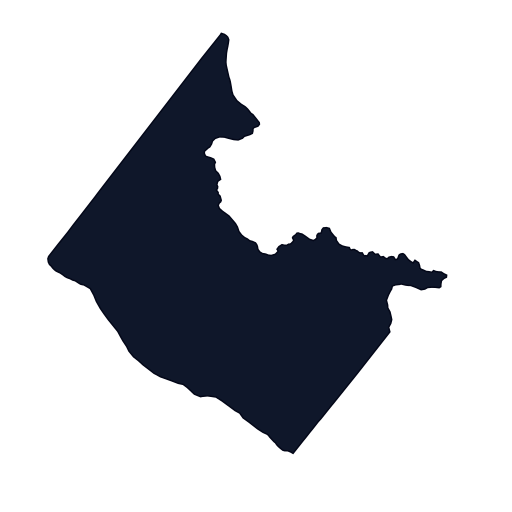 outline of Breu Branco, Pará, Brazil, rotated 308°
{"feature_id": "56859067B62895798843841", "entity_name": "Breu Branco", "entity_type": "district", "adm_level": 2, "iso_a3": "BRA", "parent_name": "Brazil", "parent_adm1": "Pará", "projection": "robinson", "projection_center": [-49.279, -3.757], "detail": "fine", "context": "isolated", "style": "filled", "palette": "ink", "viewbox_px": 512, "rotation_deg": 308, "n_neighbors": 0, "source": "geoboundaries", "source_scale": "gbopen_adm2", "svg_char_len": 4122}
<svg xmlns="http://www.w3.org/2000/svg" viewBox="0 0 512 512"><g transform="rotate(308 256 256)"><path d="M127.5,139.6L128.3,145.5L125.3,152.4L123.9,154.8L121.9,158.3L118.8,165.8L116.8,172.2L114.9,178.9L111.5,193.5L108.9,199.4L107.2,203.5L105.1,209.8L102.8,214.5L101.2,221.6L101.2,227.6L100.7,234.1L100.8,243.8L100.8,245.3L100.8,247.9L101.2,249.9L102.0,255.0L105.7,266.2L107.8,273.1L110.0,277.6L110.1,282.8L109.2,292.5L111.0,298.9L112.4,300.1L115.9,303.8L117.6,306.6L120.3,311.4L120.4,313.3L120.9,318.4L121.3,332.6L121.3,334.5L122.2,339.9L120.5,345.6L120.8,352.7L120.8,361.2L120.8,363.7L121.2,368.0L121.4,370.1L121.9,372.2L122.4,374.2L122.4,376.2L121.8,378.2L120.8,384.5L120.8,386.3L120.1,388.4L119.8,389.9L119.6,391.8L119.5,394.0L119.5,396.7L120.2,398.4L121.1,399.6L122.2,401.2L122.6,402.8L123.0,404.3L123.3,406.7L140.1,406.8L143.5,406.9L144.7,406.9L148.9,406.9L150.2,406.9L154.9,407.0L156.3,407.0L159.2,407.0L160.9,407.0L163.6,407.0L168.0,407.3L184.9,407.5L187.3,407.6L225.8,408.1L278.6,408.2L281.5,404.4L285.8,403.7L289.4,402.1L291.6,399.5L294.4,396.0L296.2,391.8L298.4,389.9L301.4,386.0L306.9,384.3L310.9,383.5L313.4,383.2L316.3,381.9L319.2,383.7L322.1,386.7L323.3,387.5L325.2,391.7L326.5,393.9L328.1,396.1L329.8,401.5L331.1,406.9L333.9,409.4L336.8,410.6L339.4,413.4L341.6,416.3L343.8,419.9L345.6,420.5L347.8,418.9L350.8,417.3L354.1,417.9L356.5,419.1L358.3,418.0L357.6,414.8L357.4,411.8L356.0,409.9L354.5,407.3L353.8,404.9L351.5,404.7L350.0,401.8L348.6,399.6L347.8,396.1L347.2,394.3L347.5,392.5L349.1,390.8L350.8,388.2L350.6,386.5L350.5,383.9L347.3,384.1L346.9,381.5L346.9,378.2L347.8,374.7L348.5,372.2L348.3,370.3L346.8,368.9L345.3,368.2L344.0,368.4L342.1,369.1L340.2,369.2L338.9,368.0L339.5,366.5L340.0,365.0L339.0,363.2L336.9,361.5L335.1,361.3L333.9,360.0L333.9,356.7L331.8,354.8L332.3,352.4L332.7,350.9L330.6,348.8L331.0,345.3L329.7,344.1L328.3,343.2L324.3,343.7L324.0,342.4L322.9,341.5L322.9,340.1L323.9,337.8L322.5,336.0L322.1,334.6L322.3,332.8L321.9,331.6L321.7,329.6L320.7,328.3L319.4,327.6L319.2,325.9L320.1,324.3L319.0,322.3L318.2,320.7L317.0,317.8L316.4,314.1L317.7,309.8L319.7,307.7L319.6,306.2L320.0,304.2L320.9,300.3L322.9,296.8L321.7,294.0L320.6,292.9L319.6,291.8L317.3,291.8L315.6,292.7L313.9,293.1L312.4,291.4L311.0,291.1L309.4,291.5L307.9,292.9L305.4,292.6L303.5,291.7L302.1,287.9L301.9,282.3L301.6,278.7L300.7,276.9L300.1,275.0L298.9,274.1L297.6,274.3L294.2,273.3L292.8,273.6L291.7,276.0L290.3,276.3L287.5,276.0L286.3,275.6L285.5,274.5L283.3,273.6L282.0,271.9L280.9,269.5L277.5,268.3L274.3,268.4L273.5,270.6L269.3,270.2L267.6,269.0L265.8,267.7L264.2,265.1L263.5,262.6L262.7,261.0L261.9,259.7L261.5,256.7L262.4,253.4L264.4,251.2L265.4,249.5L266.0,247.5L265.2,244.2L264.1,241.6L264.1,238.7L263.5,235.7L263.6,231.8L264.8,227.4L267.4,223.5L268.9,219.8L270.9,210.0L270.6,201.9L270.9,197.9L272.6,195.0L275.1,194.4L276.9,194.8L278.5,194.3L281.1,190.8L281.4,188.1L282.8,187.0L283.6,184.1L285.4,184.1L287.1,183.1L288.1,181.2L291.2,179.9L292.5,180.2L294.6,180.9L296.5,178.5L297.9,175.3L298.3,171.7L300.3,168.9L302.7,166.8L304.8,166.3L306.3,163.1L305.5,159.9L304.2,156.7L303.6,154.7L305.1,152.0L306.8,150.9L311.5,151.7L313.5,152.4L316.9,152.0L319.8,150.9L323.5,151.4L327.4,153.9L330.2,157.8L331.9,161.9L334.1,166.8L336.5,170.5L340.5,172.8L343.1,173.1L346.3,175.3L347.9,176.4L350.4,177.6L352.6,176.6L354.5,175.2L356.1,175.4L359.5,177.6L361.9,177.6L363.1,176.4L365.5,166.5L365.3,164.1L366.0,161.5L366.6,158.9L366.9,155.9L366.4,150.5L366.6,145.2L368.7,138.7L371.0,135.5L374.8,131.4L377.5,128.4L378.8,126.7L380.2,124.5L388.0,115.0L390.1,113.0L392.5,111.3L397.7,107.8L401.0,106.0L403.7,104.7L406.7,103.1L409.6,101.4L411.0,99.1L411.3,97.1L411.2,94.7L410.1,91.6L408.3,91.8L378.8,91.5L308.5,92.0L217.3,92.6L207.6,92.7L203.8,92.8L180.2,92.9L175.5,92.9L168.4,92.9L158.7,93.1L143.4,92.9L132.2,92.9L130.6,92.9L128.0,92.9L125.7,93.7L123.4,96.1L122.2,98.5L122.0,100.9L121.4,103.2L121.1,105.7L121.1,107.7L121.6,110.1L122.1,112.1L122.3,115.3L122.3,118.2L122.7,120.5L123.7,123.5L124.2,126.4L125.2,128.8L125.6,133.5L125.8,135.0L126.5,136.7L127.2,137.9L127.5,139.6Z" fill="#0f172a" stroke="#020617" stroke-width="1.5"/></g></svg>